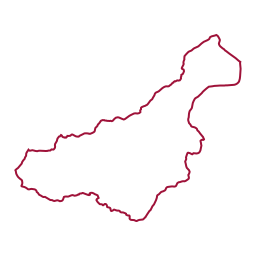 El Tambo, Cañar, Ecuador
{"feature_id": "8360857B65217893137982", "entity_name": "El Tambo", "entity_type": "district", "adm_level": 2, "iso_a3": "ECU", "parent_name": "Ecuador", "parent_adm1": "Cañar", "projection": "albers", "projection_center": [-78.917, -2.482], "detail": "fine", "context": "isolated", "style": "outline", "palette": "rose", "viewbox_px": 256, "rotation_deg": 0, "n_neighbors": 0, "source": "geoboundaries", "source_scale": "gbopen_adm2", "svg_char_len": 5838}
<svg xmlns="http://www.w3.org/2000/svg" viewBox="0 0 256 256"><path d="M180.9,77.1L181.0,78.4L180.7,79.1L179.8,80.3L178.5,80.6L177.2,80.4L175.4,81.4L174.8,81.2L173.6,82.0L173.4,82.6L172.2,83.2L171.3,84.4L169.7,85.5L169.2,86.0L168.6,86.3L167.8,86.4L166.4,86.3L165.7,86.4L164.3,86.9L162.4,88.1L159.0,91.1L157.8,91.8L156.5,92.3L155.8,92.7L155.2,93.3L154.8,94.0L154.4,95.3L152.9,97.8L152.5,98.6L152.2,99.2L150.4,100.6L150.0,101.1L148.1,103.7L147.2,104.7L146.6,105.1L146.0,105.3L145.4,105.7L144.7,106.0L143.9,106.2L142.0,107.0L141.4,107.4L141.0,107.9L141.0,109.3L140.6,109.8L140.2,110.5L140.4,112.1L139.5,112.9L138.9,113.2L137.5,113.5L135.4,113.3L134.0,113.5L130.9,115.0L129.4,115.8L125.0,119.0L123.8,119.5L122.1,118.9L120.1,118.0L118.9,117.5L117.8,117.3L115.9,117.7L114.5,118.8L112.8,120.7L112.0,121.1L111.4,121.1L110.5,120.8L109.6,121.0L108.5,120.9L107.1,120.9L106.0,120.5L105.1,120.6L104.1,120.1L103.2,120.2L102.5,120.1L100.9,120.8L99.1,123.4L98.1,124.3L97.7,125.0L97.5,125.7L96.7,126.7L95.6,127.7L95.3,128.2L94.8,130.7L94.5,131.5L93.7,132.2L92.4,132.9L90.2,133.8L89.1,133.8L88.9,133.6L88.1,133.5L86.8,133.3L85.0,133.3L84.2,133.5L82.9,134.2L79.6,135.8L78.7,136.6L78.3,136.6L77.3,136.6L76.1,136.4L75.2,136.0L73.2,134.9L72.4,134.5L72.1,134.5L71.6,134.6L71.2,134.9L70.6,135.5L70.1,135.8L68.0,136.0L67.4,135.9L67.2,136.3L66.8,136.9L66.1,137.6L65.9,137.7L65.1,137.3L64.9,137.4L64.5,137.6L63.8,137.3L63.2,137.2L62.3,136.6L61.9,135.7L61.4,135.2L61.0,135.0L59.9,136.4L59.3,136.5L58.9,136.6L58.3,137.5L57.5,138.5L56.8,141.1L55.1,144.0L54.9,145.2L55.1,146.4L55.0,147.4L54.7,148.2L54.0,149.1L53.7,149.4L53.3,149.6L51.6,149.4L51.2,149.6L50.7,150.2L50.3,150.5L48.2,150.6L47.5,150.9L45.8,151.0L39.8,150.7L38.5,150.8L37.2,151.2L35.1,150.9L34.5,150.7L32.4,150.2L30.1,150.7L29.7,150.7L29.1,150.4L28.5,149.7L26.8,152.3L26.4,153.1L26.2,153.8L26.1,155.7L25.0,157.5L24.6,158.9L23.4,160.2L22.5,161.5L22.2,162.0L21.7,163.6L18.0,168.0L16.5,169.1L15.4,170.2L15.8,171.2L16.2,173.5L16.6,174.5L17.7,176.4L18.4,177.3L20.3,179.0L21.2,179.6L21.9,180.3L22.1,180.9L22.1,181.4L22.3,182.1L22.3,183.4L22.1,184.3L21.5,185.6L21.5,186.1L21.9,186.4L24.4,187.0L25.7,187.6L26.8,188.3L27.9,189.2L29.0,189.4L30.2,189.1L31.4,188.9L33.0,189.1L34.8,189.4L36.0,190.2L36.4,190.8L36.7,191.9L38.0,193.0L39.1,194.7L40.9,195.6L42.1,196.4L43.3,197.0L45.0,196.9L45.4,197.1L50.3,200.0L52.1,200.1L53.2,200.7L54.2,201.0L55.2,200.8L56.6,200.4L57.4,200.3L58.3,200.5L59.9,201.2L61.7,200.9L62.5,200.3L63.0,199.6L63.9,197.0L64.9,196.6L66.2,196.5L67.3,196.6L68.5,196.5L70.9,195.5L72.3,195.1L73.4,195.3L74.4,195.7L75.4,195.6L76.8,195.3L77.7,194.7L78.5,194.7L79.1,194.4L79.3,193.8L79.9,193.6L81.7,193.4L82.4,193.0L82.9,193.0L87.4,194.7L88.3,195.0L89.1,195.1L89.6,194.9L90.0,194.6L89.9,194.2L89.6,193.6L89.8,193.3L90.6,192.9L91.2,192.8L92.5,192.9L94.0,193.6L94.9,194.2L96.7,194.9L97.6,195.4L98.6,197.9L97.1,198.9L96.6,199.5L96.5,200.3L97.7,202.1L98.9,203.3L99.7,204.1L100.4,204.2L101.8,204.3L102.3,204.6L102.8,205.2L103.4,205.2L104.3,204.3L104.8,204.0L105.5,204.0L106.0,204.2L106.5,204.7L106.9,205.6L107.2,207.0L107.6,207.2L109.4,207.6L110.1,208.0L110.4,208.5L110.6,209.8L111.0,210.8L111.6,211.0L112.8,210.5L113.8,209.7L114.5,209.7L115.7,210.2L117.2,210.6L118.6,210.6L119.6,210.9L120.1,211.7L120.7,212.2L121.5,212.4L122.4,212.4L123.3,212.5L124.9,213.1L126.0,213.7L126.2,214.7L127.3,215.3L128.3,215.5L129.2,215.5L129.5,215.8L129.7,216.6L129.6,218.1L129.6,218.5L129.8,219.0L130.6,219.7L131.4,219.9L134.2,220.1L135.4,220.7L136.3,221.0L137.0,220.9L137.9,220.4L139.3,219.9L142.9,219.5L144.2,218.4L144.9,217.5L145.4,217.3L145.5,217.0L147.2,214.3L149.4,211.0L149.8,210.6L150.4,210.3L151.5,208.2L152.4,206.3L154.0,204.4L156.0,200.2L156.8,197.8L157.1,195.9L157.3,195.4L157.6,195.1L158.9,194.3L160.8,192.3L161.3,191.9L163.4,191.2L164.9,190.4L165.4,189.9L166.2,188.0L166.7,187.5L167.2,187.1L168.1,186.9L171.0,186.5L172.2,186.4L174.3,186.6L175.2,186.4L175.7,186.2L176.2,185.6L177.2,183.4L177.5,183.0L178.1,182.6L178.9,182.2L179.9,182.1L182.0,181.4L183.1,181.2L184.6,181.3L185.1,181.1L185.8,180.8L187.7,179.5L188.4,179.0L188.8,178.4L188.9,177.8L188.8,177.0L188.3,175.0L188.6,174.6L189.2,173.3L189.5,172.5L189.6,171.6L189.0,170.2L186.8,167.8L186.3,166.5L185.7,163.6L185.3,162.1L185.2,161.5L186.2,159.2L186.2,158.8L186.0,157.4L186.8,154.9L187.4,153.3L187.7,152.9L188.1,152.7L190.0,153.2L191.9,154.2L192.2,154.3L192.7,154.0L193.3,153.3L193.6,153.2L196.5,153.5L198.0,153.2L199.2,152.5L199.7,151.8L200.4,150.4L201.4,145.6L201.3,145.0L201.1,144.2L201.0,143.1L200.6,141.6L200.5,140.9L201.4,140.0L202.0,139.8L203.1,139.9L203.5,139.8L204.0,139.4L203.9,138.9L203.3,137.8L203.1,137.1L200.2,133.6L198.7,131.5L197.4,130.4L197.0,129.1L196.7,128.7L196.3,128.3L195.0,127.5L194.5,127.3L192.0,126.7L191.5,126.4L191.1,126.0L190.5,124.7L189.0,123.0L188.7,121.8L188.3,120.7L188.2,119.8L188.3,118.7L188.7,117.4L189.0,113.7L189.4,111.9L189.8,110.8L191.0,109.3L191.7,108.3L192.0,107.3L192.8,103.0L193.6,101.1L194.7,99.0L195.4,98.2L198.0,96.7L201.8,93.1L202.8,91.8L204.3,90.4L206.5,88.5L208.8,86.7L212.2,86.3L214.5,85.9L217.8,85.7L220.5,85.5L224.6,85.5L226.2,85.3L226.7,85.4L234.2,84.8L235.6,84.4L236.9,83.7L237.9,82.9L239.0,81.6L239.8,78.8L240.1,76.3L240.6,68.8L240.1,63.5L240.1,62.4L240.3,61.9L238.7,60.8L235.6,58.1L229.6,53.8L226.1,51.1L225.0,50.4L224.0,49.2L222.7,48.4L220.2,46.3L219.6,45.5L219.1,44.5L218.9,43.5L219.0,43.1L219.8,40.6L219.8,39.7L219.2,38.4L218.0,36.3L217.3,35.6L216.3,35.0L215.0,35.5L211.8,36.3L210.5,36.9L210.0,37.3L209.3,38.9L208.7,39.4L207.6,40.1L203.8,41.8L201.5,43.5L199.1,45.7L198.1,46.5L194.3,48.2L193.3,48.9L191.5,50.5L188.9,51.6L188.2,52.1L185.9,54.5L184.5,56.2L184.3,58.4L184.4,59.3L183.6,61.4L183.4,63.0L183.7,63.9L183.4,64.8L181.9,67.7L181.8,68.4L182.0,68.8L183.6,69.6L183.9,70.6L184.0,71.2L183.4,72.8L182.6,74.2L181.8,74.5L181.3,74.9L181.3,76.4L180.9,77.1Z" fill="none" stroke="#9f1239" stroke-width="2"/></svg>